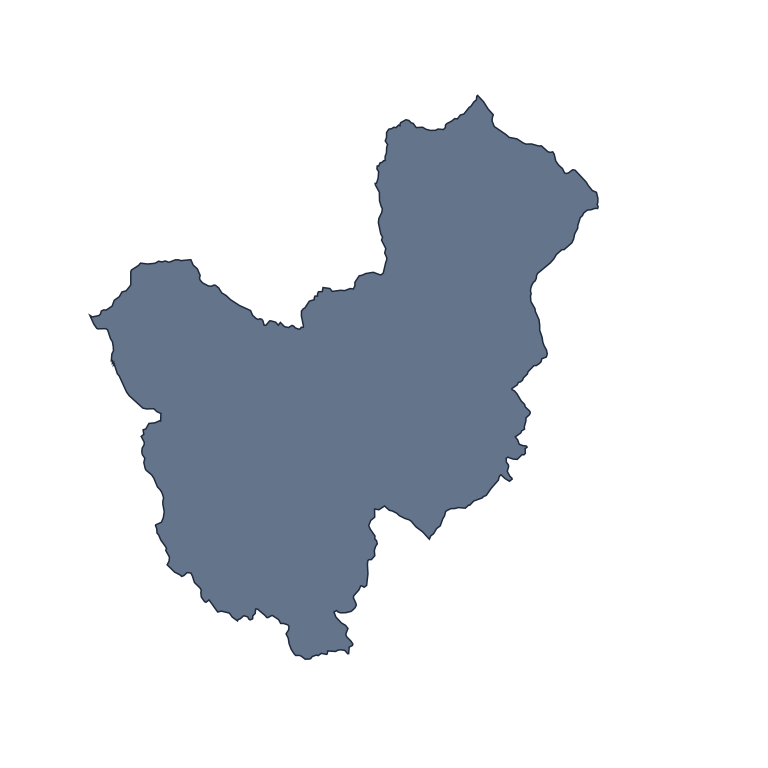 outline of Cajabamba, Cajamarca, Peru, rotated 338°
{"feature_id": "86281439B2923505587581", "entity_name": "Cajabamba", "entity_type": "district", "adm_level": 2, "iso_a3": "PER", "parent_name": "Peru", "parent_adm1": "Cajamarca", "projection": "equal_earth", "projection_center": [-78.074, -7.554], "detail": "fine", "context": "isolated", "style": "filled", "palette": "slate", "viewbox_px": 768, "rotation_deg": 338, "n_neighbors": 0, "source": "geoboundaries", "source_scale": "gbopen_adm2", "svg_char_len": 6159}
<svg xmlns="http://www.w3.org/2000/svg" viewBox="0 0 768 768"><g transform="rotate(338 384 384)"><path d="M578.9,151.5L577.8,151.9L576.1,155.2L573.0,156.1L568.6,159.1L566.6,159.4L559.2,163.6L555.5,163.2L551.4,165.7L549.0,164.4L545.1,165.6L539.7,166.1L538.2,166.8L536.8,169.3L534.4,170.3L529.5,167.8L526.9,168.1L522.1,166.3L518.2,163.4L516.0,160.4L509.9,158.3L508.7,153.3L507.0,152.0L505.9,149.1L503.4,147.2L497.4,147.9L496.5,148.6L495.6,150.5L494.5,149.4L491.2,150.8L489.2,149.6L486.8,150.1L483.8,149.5L480.6,151.8L478.6,156.5L476.2,159.1L477.0,163.4L475.1,165.6L472.8,170.7L470.3,173.4L468.8,177.2L467.3,176.8L465.4,177.7L463.2,177.5L460.7,179.9L459.4,179.3L458.0,181.9L458.6,185.0L455.7,190.9L452.3,195.0L450.9,194.7L450.6,196.5L451.5,204.5L448.5,212.4L447.9,218.1L448.1,220.9L446.2,224.1L441.3,228.5L439.2,232.4L437.2,243.8L437.7,247.2L435.6,249.7L436.4,259.1L433.7,262.8L433.9,267.5L433.0,270.0L431.3,271.7L424.9,280.8L422.3,281.7L421.2,281.2L415.9,276.4L408.2,274.7L404.9,275.0L401.5,274.4L395.1,278.8L393.8,282.1L391.1,284.4L388.4,282.8L382.5,282.7L378.8,280.8L370.7,278.8L369.6,275.2L363.6,271.7L361.4,275.2L357.8,273.9L356.2,275.4L355.3,277.6L353.0,276.6L351.6,277.9L351.0,279.7L345.8,279.2L339.2,283.8L337.2,284.1L334.8,285.5L332.9,289.9L331.0,300.2L330.2,301.2L328.5,300.4L326.9,301.5L325.6,301.3L322.8,298.8L321.9,296.4L320.6,295.2L316.6,295.9L313.2,293.5L311.0,288.1L308.0,289.8L306.7,286.1L303.1,283.3L301.6,282.6L296.6,285.3L294.9,284.6L295.4,279.9L294.9,278.2L293.3,277.0L291.5,277.0L289.9,275.3L287.9,271.1L287.8,265.9L279.4,257.1L273.2,248.2L270.8,242.9L267.7,238.7L266.7,232.9L264.6,229.2L263.0,228.5L261.0,228.8L258.0,227.4L253.6,222.2L252.4,218.5L252.7,216.5L254.2,214.5L254.1,207.4L251.6,202.2L251.5,196.4L241.8,193.5L240.0,191.9L237.0,190.7L230.2,190.6L227.3,188.0L223.7,187.6L221.1,185.7L217.0,186.3L209.8,184.2L203.5,180.7L200.9,182.1L192.5,183.7L191.2,185.2L186.5,196.9L185.3,198.0L179.8,201.0L175.5,200.5L171.3,203.9L165.3,205.3L161.1,209.9L154.0,211.4L152.0,210.3L149.3,210.4L147.0,213.2L145.0,213.7L138.6,212.5L137.0,210.2L137.4,219.9L138.5,224.7L139.2,225.6L146.8,228.5L148.0,230.3L147.4,239.6L148.0,243.1L146.9,248.2L145.5,252.0L143.0,254.1L139.8,260.4L141.0,260.6L139.9,263.0L141.4,262.6L140.3,265.0L141.3,264.4L140.6,274.6L141.5,277.3L142.3,295.1L143.4,299.5L151.4,316.1L154.6,318.2L161.3,320.7L163.1,324.6L166.1,327.8L163.0,334.7L162.0,334.0L157.1,334.2L151.3,332.5L146.2,336.5L143.5,336.2L142.4,340.7L139.2,341.6L139.9,348.2L138.8,350.5L135.7,352.9L134.0,356.2L133.5,358.8L134.4,363.3L131.9,366.8L130.9,372.9L131.1,374.8L134.5,381.2L135.3,385.1L135.4,394.6L136.9,398.5L137.4,401.7L137.0,407.0L135.0,409.9L133.9,412.7L132.4,420.1L129.2,425.4L125.8,428.8L119.5,429.1L119.1,429.6L119.1,433.1L117.7,437.2L118.5,439.4L118.6,445.1L120.5,452.9L120.7,455.1L119.3,456.5L120.2,464.2L118.3,467.8L115.2,470.4L119.4,480.0L123.3,484.5L124.4,486.7L126.9,486.6L130.8,485.1L134.2,487.0L134.4,490.4L133.9,497.1L137.0,504.2L137.3,506.7L136.0,508.9L134.8,513.1L136.1,518.6L137.2,519.7L140.9,518.7L144.4,533.1L148.2,533.7L154.8,538.5L156.0,543.3L159.4,548.8L160.6,547.7L162.8,547.9L167.1,546.3L170.4,548.8L170.6,551.3L171.5,552.6L174.3,552.5L175.4,549.9L178.6,548.5L180.7,544.6L182.3,545.2L187.0,554.0L187.8,556.6L188.8,557.1L193.3,556.6L194.1,557.2L198.0,563.0L198.5,567.3L201.3,568.5L204.6,571.3L205.1,573.1L203.5,576.2L199.6,579.0L200.0,583.8L198.7,589.4L198.6,595.4L199.6,600.5L200.4,602.6L203.8,603.9L205.3,605.3L207.8,609.6L211.4,610.9L213.1,611.2L215.4,609.8L219.8,610.0L221.2,611.2L225.1,610.3L229.4,613.2L230.1,613.1L231.9,610.5L239.0,613.9L241.3,613.5L244.0,614.1L247.8,616.2L249.3,620.5L250.2,620.8L253.2,614.9L256.8,614.6L257.7,613.4L257.1,610.2L254.8,604.6L254.6,602.6L255.4,601.0L259.0,597.2L257.9,593.3L255.0,589.6L252.1,582.1L252.2,576.8L255.1,576.2L255.9,578.0L257.8,579.8L262.8,581.7L268.2,582.5L270.0,582.0L273.2,580.7L275.5,578.7L275.8,576.6L275.5,570.9L276.6,569.0L283.7,565.5L286.6,562.6L287.6,562.7L289.4,565.0L292.4,564.3L298.0,554.0L301.1,544.9L302.9,541.7L304.1,541.2L306.5,542.1L311.1,539.8L312.7,534.7L315.4,531.4L317.9,529.7L318.4,526.4L317.4,524.2L318.7,521.5L316.9,513.6L316.8,509.5L320.7,505.5L325.5,504.0L328.4,496.4L332.2,498.7L338.8,497.3L341.6,503.1L344.1,504.8L347.6,508.8L348.8,511.7L353.0,516.5L356.5,519.4L357.8,521.4L360.1,528.4L364.5,535.7L367.9,544.9L370.5,542.3L373.7,541.5L378.7,537.7L383.0,536.6L388.1,530.9L390.7,529.0L393.3,525.4L394.5,525.0L399.3,524.6L402.9,526.0L406.6,526.4L412.9,529.6L417.0,528.0L418.1,528.5L423.4,526.1L432.5,526.4L434.0,525.6L437.1,525.6L444.3,520.9L454.0,516.0L455.9,513.3L457.9,512.0L458.5,512.0L460.7,516.9L463.9,521.2L467.2,520.2L467.3,519.2L466.1,516.6L465.6,511.1L468.7,507.1L469.0,505.4L468.2,502.5L469.4,498.7L471.3,498.2L475.6,502.0L479.3,503.8L485.5,501.2L487.2,502.1L489.1,501.2L490.6,496.9L493.0,496.2L493.0,495.6L492.7,494.8L489.9,493.3L486.8,490.5L487.0,485.9L485.9,482.2L492.4,480.6L494.2,479.0L497.4,478.5L498.0,476.3L501.7,471.5L503.0,468.6L507.4,466.9L508.8,465.6L509.0,463.9L506.4,458.2L506.7,455.5L504.8,450.9L503.6,442.8L502.4,439.3L500.5,437.0L501.0,436.1L507.2,434.7L509.2,432.9L511.3,433.2L513.8,432.4L515.7,430.5L520.6,428.5L522.2,426.6L530.0,423.1L532.0,424.0L535.3,423.3L537.8,422.4L539.8,419.7L544.6,419.8L546.7,417.2L547.4,413.2L546.8,408.8L546.9,404.9L548.1,399.9L548.5,392.5L550.4,387.8L551.8,382.5L551.5,373.3L552.2,370.8L551.1,362.5L552.8,357.2L554.2,355.6L554.7,352.6L556.0,350.1L558.4,347.4L561.0,345.5L562.5,345.2L564.8,343.1L566.1,340.5L567.9,339.0L583.6,334.0L588.2,331.7L592.4,328.5L599.3,326.1L601.3,326.9L611.0,323.5L613.9,320.9L617.0,316.3L621.9,312.2L623.1,309.6L628.3,303.3L631.1,302.2L633.1,300.3L637.7,298.9L641.2,300.0L645.5,300.2L647.8,301.3L648.9,300.0L649.0,297.1L650.2,295.9L651.8,292.2L652.8,285.9L649.6,282.6L647.7,276.4L647.2,272.8L641.3,257.4L639.2,256.0L634.0,257.4L631.6,257.0L630.5,256.0L630.2,251.1L628.0,246.7L626.8,241.7L627.9,234.7L627.4,231.9L625.1,231.6L623.0,230.1L619.2,222.2L616.5,221.2L610.7,216.7L605.6,214.8L603.4,212.7L599.1,206.5L592.4,202.2L590.6,198.5L582.7,186.6L582.7,180.8L584.1,177.8L586.2,175.3L583.6,168.2L582.0,159.5L578.9,151.5Z" fill="#64748b" stroke="#1e293b" stroke-width="1.5"/></g></svg>